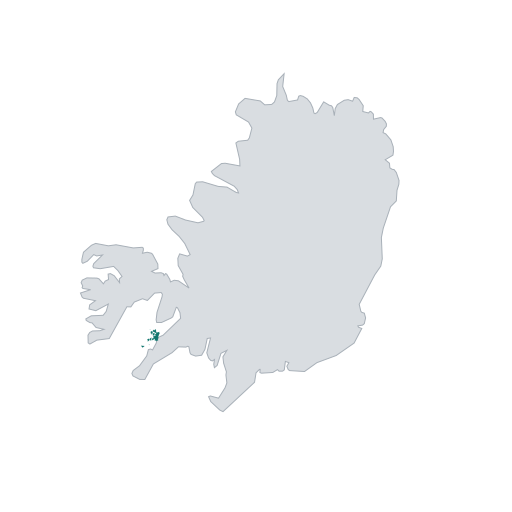 location of Stykkishólmsbær, Vesturland, Iceland, rotated 321°
{"feature_id": "244011B37463664010444", "entity_name": "Stykkishólmsbær", "entity_type": "district", "adm_level": 2, "iso_a3": "ISL", "parent_name": "Iceland", "parent_adm1": "Vesturland", "projection": "orthographic", "projection_center": [-22.794, 65.108], "detail": "fine", "context": "in_parent", "style": "filled", "palette": "teal", "viewbox_px": 512, "rotation_deg": 321, "n_neighbors": 0, "source": "geoboundaries", "source_scale": "gbopen_adm2", "svg_char_len": 6913}
<svg xmlns="http://www.w3.org/2000/svg" viewBox="0 0 512 512"><g transform="rotate(321 256 256)"><path d="M363.6,148.1L367.3,147.9L373.1,144.4L380.8,135.3L384.3,133.1L392.6,132.0L383.4,141.1L380.7,150.1L378.4,154.7L378.6,156.6L386.5,160.9L389.8,158.7L391.4,159.2L393.1,161.5L394.7,166.2L394.7,171.3L393.3,176.7L391.0,181.3L391.5,182.6L393.9,183.0L405.6,178.8L407.8,184.9L409.2,186.8L409.1,188.9L405.2,196.2L410.3,191.3L414.6,189.5L422.6,190.5L426.0,192.5L428.5,196.5L432.1,194.6L434.2,196.8L434.6,199.3L433.9,206.7L429.9,210.9L433.4,215.6L435.7,215.4L436.3,216.5L436.5,219.6L433.4,223.6L439.9,226.8L440.8,228.1L441.1,232.7L440.5,235.4L438.9,237.2L434.7,238.1L432.4,240.1L433.7,242.8L433.9,250.6L431.4,257.4L428.7,261.2L425.9,263.8L417.0,262.5L418.1,267.9L415.5,271.7L416.4,274.4L417.7,275.7L417.6,279.4L414.7,287.3L412.2,290.1L406.9,293.7L399.7,301.5L391.5,302.4L372.5,314.4L365.1,320.5L352.3,337.7L346.6,342.4L336.4,345.4L305.8,358.5L302.7,364.9L302.7,366.3L304.2,368.6L302.2,373.1L297.6,376.7L295.4,376.8L291.2,374.4L290.8,375.8L292.6,378.9L277.4,385.4L255.7,383.8L236.2,377.2L221.0,376.3L209.9,366.1L209.6,364.4L210.6,361.1L214.4,359.6L212.5,356.4L206.3,362.3L204.2,362.2L201.4,360.0L201.2,357.8L195.8,357.1L186.5,350.5L185.7,349.0L187.9,346.7L187.4,346.3L182.5,346.8L175.4,353.2L132.4,356.2L130.9,352.9L129.2,340.7L130.6,335.5L132.4,336.0L137.4,342.9L148.9,339.0L153.5,336.3L157.7,329.6L160.1,327.4L163.4,318.9L166.8,313.6L174.0,311.0L167.5,309.6L156.9,316.6L153.4,316.6L155.0,313.6L158.6,310.3L156.1,310.1L155.1,308.6L155.0,305.4L156.8,300.3L169.1,291.1L166.2,289.4L157.6,296.4L151.3,298.9L146.1,295.8L143.6,291.6L143.8,289.7L146.7,284.3L146.2,283.2L144.2,282.7L138.6,277.8L129.9,278.3L108.3,275.3L91.9,282.0L88.0,278.8L84.9,271.8L85.6,269.2L88.5,267.7L96.4,268.0L108.2,264.9L113.5,261.0L115.6,262.0L116.5,263.9L123.7,260.9L127.5,257.4L134.0,259.1L158.2,257.0L161.2,252.3L162.4,246.8L161.8,245.7L153.0,250.9L151.0,250.8L140.7,248.2L137.0,245.2L138.2,242.8L143.6,237.5L157.3,228.6L159.2,226.8L159.3,224.7L153.8,221.0L143.6,222.2L140.9,217.8L132.4,215.2L126.7,216.8L123.7,214.2L90.0,227.8L79.3,221.2L71.5,219.9L70.9,217.9L75.6,211.8L78.7,210.8L81.8,211.4L87.6,215.8L91.7,217.3L86.7,210.9L86.5,204.8L85.0,203.2L83.5,199.2L84.2,197.8L90.3,198.8L99.9,205.9L104.7,204.8L111.0,200.4L97.1,197.7L92.9,192.1L96.0,189.3L103.1,189.7L95.3,180.2L95.0,178.5L96.3,174.3L106.3,178.1L101.1,172.4L100.9,171.2L102.5,170.2L103.3,166.7L105.8,165.4L110.8,166.6L118.5,173.1L119.6,175.0L119.9,181.6L123.0,180.6L126.6,181.5L129.7,177.0L131.8,178.1L133.4,182.1L133.2,190.9L135.4,187.8L139.0,187.6L139.5,180.3L138.8,174.5L126.9,167.8L122.3,162.9L122.8,161.3L125.1,159.8L137.4,158.6L132.2,155.7L130.8,152.8L121.6,153.9L116.8,152.7L116.8,151.2L118.6,149.0L124.3,144.5L134.9,144.1L139.3,145.3L147.7,155.2L154.3,159.2L165.7,172.5L173.0,177.6L173.4,178.9L172.2,180.5L169.5,182.4L173.8,184.6L176.5,188.1L176.7,189.6L174.6,200.5L171.9,204.1L165.2,202.2L166.8,205.7L171.7,209.3L172.9,211.3L172.2,213.3L174.5,212.7L175.2,213.8L174.3,220.0L173.2,222.3L177.2,223.4L180.1,226.5L183.8,238.8L185.3,229.2L186.2,225.7L187.8,224.3L189.5,214.5L193.8,208.6L198.0,206.3L202.6,212.9L205.7,213.5L208.5,201.4L208.6,192.5L207.3,182.9L207.6,175.9L209.5,171.7L212.2,170.3L218.4,174.2L223.8,183.6L231.8,193.7L237.2,196.1L238.1,195.7L238.8,192.2L237.4,178.5L239.4,171.0L245.4,168.9L254.3,161.6L256.4,161.2L261.3,164.8L270.4,178.1L276.8,184.2L280.6,194.2L282.1,196.0L283.2,192.7L283.0,188.1L274.3,167.4L274.0,164.5L274.5,162.2L287.3,162.4L290.4,164.5L300.2,175.9L304.1,170.6L311.5,155.5L314.5,155.7L322.4,160.8L325.2,160.0L333.3,154.0L334.5,147.2L329.5,133.9L330.7,131.0L338.2,126.9L346.7,126.6L356.9,138.2L357.9,144.0L363.6,148.1Z" fill="#d9dde1" stroke="#a8b0b8" stroke-width="1"/><path d="M128.3,257.2L128.2,257.1L128.3,257.0L128.4,256.9L128.5,256.8L129.0,256.4L129.3,256.4L129.7,256.1L130.0,255.9L130.0,255.7L130.1,255.4L130.3,255.2L130.1,255.1L129.9,255.1L129.7,255.1L129.8,255.0L129.9,254.9L130.0,254.9L129.8,254.9L129.8,254.7L129.7,254.6L129.8,254.7L129.8,254.8L129.7,254.8L129.4,254.9L129.2,255.1L129.1,255.3L128.9,255.4L129.0,255.4L128.8,255.5L129.0,255.6L128.9,255.8L128.7,256.0L128.1,256.4L127.9,256.5L127.7,256.7L127.8,256.7L127.7,256.8L127.5,257.2L127.3,257.3L127.2,257.5L126.7,257.9L126.6,258.1L127.0,257.9L126.7,258.1L126.5,258.3L126.4,258.3L126.2,258.4L126.2,258.5L126.1,258.4L126.3,258.3L126.6,257.9L126.9,257.6L126.7,257.7L126.2,258.0L125.9,258.2L125.9,258.3L125.8,258.5L125.7,258.5L126.1,258.9L127.4,258.3L128.3,257.5L128.3,257.2ZM129.1,254.6L128.8,254.6L128.7,254.8L128.6,255.0L128.3,255.2L128.5,255.2L128.5,255.3L128.8,255.2L129.0,255.1L128.9,255.2L129.1,255.1L129.2,254.9L129.1,254.7L129.1,254.6ZM130.6,251.0L130.2,250.9L130.2,251.0L129.9,251.0L130.0,251.3L130.1,251.2L130.1,251.3L130.4,251.2L130.5,251.2L130.6,251.0ZM127.0,249.3L126.8,249.3L126.7,249.4L126.6,249.6L126.8,249.5L126.8,249.4L126.9,249.6L127.0,249.7L127.1,249.4L127.0,249.3ZM129.3,249.8L129.0,249.9L128.9,250.1L128.8,250.3L128.9,250.2L129.0,250.2L129.3,250.1L129.3,249.9L129.3,249.8ZM131.4,255.0L131.2,254.9L131.2,255.0L131.0,255.3L131.4,255.2L131.5,255.0L131.4,255.0ZM126.4,257.4L126.6,257.1L126.2,257.3L126.4,257.4ZM127.3,252.4L127.1,252.4L126.8,252.7L126.9,252.8L127.0,252.7L127.3,252.4ZM127.4,256.3L127.2,256.4L127.0,256.5L127.3,256.5L127.4,256.4L127.5,256.4L127.4,256.3ZM131.6,254.7L131.4,254.8L131.5,254.8L131.4,254.9L131.4,255.0L131.5,255.0L131.6,254.9L131.6,254.7ZM126.8,256.6L127.0,256.5L126.7,256.5L126.8,256.6ZM125.6,255.8L125.4,255.8L125.5,256.0L125.6,255.9L125.6,255.8ZM123.6,255.6L123.4,255.7L123.4,255.8L123.6,255.8L123.7,255.7L123.6,255.6ZM119.8,253.6L119.8,253.3L119.7,253.3L119.8,253.5L119.7,253.6L119.8,253.6ZM126.9,255.5L127.0,255.5L127.1,255.4L126.9,255.4L126.9,255.5ZM129.6,250.2L129.4,250.1L129.6,250.2ZM131.3,254.4L131.3,254.2L131.2,254.2L131.2,254.4L131.3,254.4L131.3,254.4ZM125.8,255.2L125.7,255.0L125.8,255.2ZM126.9,256.7L127.0,256.6L126.7,256.7L126.8,256.7L126.9,256.7ZM110.8,255.3L110.9,255.2L110.8,255.3L110.8,255.3ZM129.3,254.3L129.3,254.2L129.3,254.3L129.2,254.3L129.3,254.4L129.3,254.3ZM129.1,250.3L129.2,250.2L129.1,250.3L129.1,250.3ZM126.2,254.9L126.3,254.9L126.2,254.9L126.2,254.9ZM125.8,255.3L125.8,255.2L125.8,255.4L125.8,255.3ZM117.4,257.6L117.2,257.6L117.4,257.6ZM130.4,253.5L130.3,253.4L130.3,253.5L130.4,253.5ZM127.2,251.6L127.4,251.5L127.5,251.5L127.3,251.5L127.2,251.6ZM127.6,246.4L127.5,246.5L127.6,246.4L127.6,246.4ZM129.5,250.5L129.4,250.5L129.5,250.5ZM121.7,254.3L121.8,254.2L121.7,254.2L121.7,254.3ZM125.9,254.8L126.0,254.8L126.0,254.7L125.9,254.7L125.9,254.8ZM110.9,255.1L111.0,255.1L110.9,255.0L110.9,255.1ZM125.2,258.0L125.2,257.9L125.3,257.9L125.2,257.9L125.2,258.0ZM127.7,256.3L127.8,256.2L127.7,256.2L127.7,256.3ZM130.9,254.7L131.0,254.7L130.9,254.6L130.9,254.7ZM126.7,251.9L126.8,251.9L126.7,251.9L126.7,251.9ZM130.4,250.6L130.5,250.5L130.4,250.5L130.4,250.6Z" fill="#14b8a6" stroke="#0f766e" stroke-width="1.5"/></g></svg>